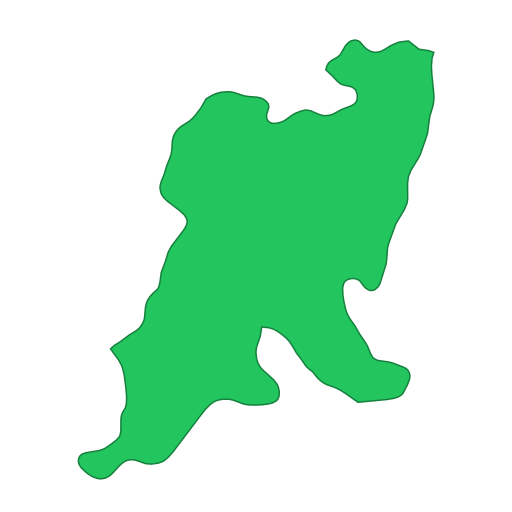 outline of Fantino, Sánchez Ramírez, Dominican Republic, rotated 353°
{"feature_id": "3306468B63590922856333", "entity_name": "Fantino", "entity_type": "district", "adm_level": 2, "iso_a3": "DOM", "parent_name": "Dominican Republic", "parent_adm1": "Sánchez Ramírez", "projection": "albers", "projection_center": [-70.302, 19.098], "detail": "fine", "context": "isolated", "style": "filled", "palette": "green", "viewbox_px": 512, "rotation_deg": 353, "n_neighbors": 0, "source": "geoboundaries", "source_scale": "gbopen_adm2", "svg_char_len": 3757}
<svg xmlns="http://www.w3.org/2000/svg" viewBox="0 0 512 512"><g transform="rotate(353 256 256)"><path d="M433.5,61.1L424.0,61.1L415.5,63.5L408.3,66.9L404.6,68.2L400.4,68.5L398.3,68.2L394.5,66.7L391.4,64.4L389.0,61.7L385.2,56.1L383.9,55.0L382.2,54.2L380.4,53.7L376.6,54.0L373.3,55.7L370.5,58.1L363.9,66.7L360.9,68.6L354.2,71.4L351.3,73.5L349.3,76.4L348.0,79.7L353.5,86.3L358.2,92.7L360.8,95.4L363.9,97.1L370.5,99.3L373.5,101.3L374.7,102.9L375.5,104.6L376.2,108.4L375.6,112.2L374.9,114.1L373.7,115.8L372.1,117.1L368.6,118.6L358.8,121.0L349.6,124.6L345.5,125.3L341.3,125.1L339.2,124.6L335.2,122.8L327.9,118.5L324.0,117.3L322.2,117.2L318.5,117.6L312.5,119.1L308.7,120.7L301.8,124.6L297.9,126.1L291.9,126.8L288.1,126.2L286.4,125.3L284.9,124.0L283.9,122.3L283.4,120.5L283.7,117.2L286.9,109.9L286.8,107.2L286.4,105.9L284.8,103.4L282.0,100.9L280.4,99.9L276.5,98.5L268.0,96.8L263.8,95.6L254.4,91.2L250.3,89.9L248.0,89.5L241.2,89.2L236.7,89.8L232.7,90.9L225.8,93.8L219.0,102.7L213.0,108.9L209.8,111.6L206.4,114.0L198.8,117.6L195.2,119.7L192.1,122.4L189.5,125.7L188.5,127.5L187.0,131.6L185.4,140.3L184.2,144.5L182.4,148.3L178.4,155.6L174.9,163.6L171.0,170.6L169.5,174.3L169.0,176.5L169.2,180.9L169.7,183.1L170.6,185.1L171.7,187.0L174.5,190.6L185.8,201.7L189.9,206.6L191.6,210.2L191.9,212.3L191.7,214.4L191.0,216.3L190.0,218.0L187.5,221.3L173.2,236.0L169.3,241.6L165.7,249.7L160.0,260.7L157.3,270.9L155.9,274.5L154.9,276.1L153.6,277.4L149.0,280.6L146.1,283.1L143.5,286.0L141.4,289.5L140.0,293.6L137.7,304.2L136.9,306.3L134.7,309.8L131.9,312.9L128.5,315.3L120.7,318.9L110.1,324.9L104.6,327.4L100.3,330.5L106.9,342.3L109.3,348.4L110.2,353.2L110.7,358.2L110.8,370.6L110.4,380.3L109.3,386.9L107.9,390.7L104.8,394.6L103.1,397.6L102.1,401.3L100.5,413.5L99.2,417.3L98.1,419.0L95.1,421.6L86.6,426.6L82.9,428.4L80.9,429.1L76.6,430.0L63.8,430.5L60.1,431.1L58.3,431.9L56.7,433.2L55.5,435.0L54.8,437.0L54.7,439.1L55.0,441.2L55.8,443.2L56.8,445.1L59.6,448.5L62.7,451.8L66.3,454.7L70.3,457.0L72.6,457.8L74.8,458.3L79.3,458.1L83.5,456.6L87.2,454.1L94.0,448.2L97.5,445.6L101.5,443.6L103.6,443.1L105.7,442.9L109.9,443.4L113.6,444.9L120.6,448.4L122.7,449.0L127.0,449.8L133.7,449.7L138.1,448.7L140.3,447.7L144.4,445.0L149.9,440.2L179.7,409.4L186.7,402.4L192.4,397.8L196.7,395.5L198.8,394.8L201.1,394.4L205.6,394.1L212.2,395.0L216.3,396.5L225.4,401.3L229.7,402.7L236.5,403.8L243.4,404.4L250.1,404.4L254.3,403.9L258.1,402.5L259.8,401.2L261.1,399.4L261.9,397.5L262.6,393.4L262.2,389.2L261.7,387.1L260.8,385.0L258.5,381.1L249.4,370.6L246.7,366.8L244.9,362.5L244.1,358.0L244.2,351.3L245.3,346.9L250.6,335.8L253.0,327.2L259.5,328.6L263.6,330.3L267.2,332.6L272.1,336.9L276.5,341.8L278.9,345.3L280.9,349.2L284.3,357.2L288.5,364.3L292.1,371.3L294.4,374.2L298.1,377.9L302.1,384.3L304.6,387.4L307.5,390.2L310.9,392.5L318.6,396.3L323.8,399.8L328.8,404.0L339.4,413.6L368.4,414.4L375.5,414.1L379.9,413.2L382.0,412.4L383.9,411.3L385.4,409.9L390.7,402.1L393.4,397.1L394.2,393.2L394.0,391.2L393.5,389.2L392.5,387.4L391.2,385.9L388.1,383.9L377.8,378.5L373.9,377.1L364.1,374.5L360.9,372.4L359.6,370.9L358.0,367.4L355.8,359.5L354.3,355.7L349.5,346.4L346.1,338.3L341.2,329.0L339.5,324.6L338.5,319.8L337.7,312.3L337.5,305.0L338.1,298.2L339.6,294.1L341.0,292.3L342.8,291.1L344.7,290.4L348.6,290.0L352.3,290.8L355.4,292.7L356.5,294.1L358.9,298.5L360.8,301.1L363.4,303.3L365.0,304.1L366.8,304.4L368.7,304.3L370.4,303.6L373.4,301.5L375.7,298.5L384.2,279.7L385.3,275.4L387.5,264.3L389.0,260.2L398.7,241.1L408.7,228.3L412.2,222.3L413.5,217.9L415.3,202.2L417.0,195.7L420.4,189.6L429.1,178.7L431.7,174.8L441.0,155.8L445.5,138.6L449.5,129.6L451.1,124.8L452.0,119.8L452.3,114.7L452.7,96.4L453.3,88.6L454.8,81.3L457.3,75.6L452.2,73.1L443.1,70.7L433.5,61.1Z" fill="#22c55e" stroke="#15803d" stroke-width="1.5"/></g></svg>